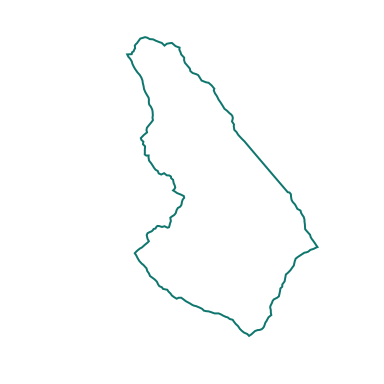 Andradina, São Paulo, Brazil, rotated 138°
{"feature_id": "56859067B92284458122912", "entity_name": "Andradina", "entity_type": "district", "adm_level": 2, "iso_a3": "BRA", "parent_name": "Brazil", "parent_adm1": "São Paulo", "projection": "equal_earth", "projection_center": [-51.316, -20.865], "detail": "fine", "context": "isolated", "style": "outline", "palette": "teal", "viewbox_px": 384, "rotation_deg": 138, "n_neighbors": 0, "source": "geoboundaries", "source_scale": "gbopen_adm2", "svg_char_len": 3661}
<svg xmlns="http://www.w3.org/2000/svg" viewBox="0 0 384 384"><g transform="rotate(138 192 192)"><path d="M275.5,184.8L275.8,182.4L276.6,179.5L277.3,176.0L277.3,172.5L276.9,170.3L276.9,168.1L276.9,165.7L278.1,163.3L278.5,160.2L279.4,157.6L278.8,154.8L278.2,151.8L278.1,148.9L279.0,146.0L279.3,143.9L278.1,141.3L278.4,139.4L277.0,137.5L275.8,135.9L276.1,133.7L275.9,131.0L276.2,128.5L275.7,126.0L274.8,123.0L272.6,122.3L270.8,120.7L270.2,118.1L269.7,115.1L268.8,112.6L268.0,110.3L267.5,108.4L266.8,106.6L265.2,104.2L263.7,101.0L262.6,98.2L262.6,96.0L261.1,93.8L259.6,92.3L258.3,90.1L256.5,86.7L253.5,84.0L252.5,82.0L251.6,79.3L250.4,76.5L249.4,75.0L248.9,72.3L247.3,69.9L247.6,67.3L247.8,64.7L247.5,61.6L248.0,58.4L247.9,55.7L247.4,52.7L245.9,49.4L245.9,46.9L243.3,46.5L240.5,46.5L238.2,46.5L235.7,45.5L233.9,44.2L232.1,43.4L230.2,43.4L228.5,43.8L224.7,45.9L223.1,46.2L221.0,47.0L219.0,47.7L215.4,47.5L214.3,49.4L212.4,51.6L211.3,53.7L210.1,54.8L208.3,55.5L206.8,56.1L204.7,57.2L202.8,57.4L199.7,56.5L197.3,56.3L195.7,57.4L192.8,59.5L190.8,61.2L188.4,61.2L186.7,62.9L183.0,63.6L180.4,65.6L177.4,67.9L175.9,67.8L174.4,67.8L172.9,67.9L171.3,68.0L167.4,68.9L165.6,69.2L162.1,71.7L159.5,73.1L156.8,72.9L149.1,71.7L147.5,70.7L145.6,69.9L142.8,69.8L139.5,68.3L137.2,67.7L135.6,67.1L135.3,69.4L134.9,72.1L134.6,74.6L134.4,77.1L133.9,79.3L132.9,81.2L132.9,85.5L132.8,88.6L131.4,90.4L129.7,92.5L128.3,94.6L126.8,96.4L125.6,98.9L125.4,101.0L124.9,103.4L123.8,105.6L125.0,108.9L123.8,113.7L123.8,117.4L123.2,119.7L121.5,122.3L120.0,124.2L119.9,126.4L121.0,127.8L120.9,131.6L120.5,147.6L119.5,183.4L119.2,192.2L119.1,194.3L119.3,197.2L119.4,200.6L119.4,203.7L118.8,206.9L119.0,209.8L117.0,212.9L115.6,214.1L115.1,217.6L112.3,219.5L111.2,221.3L111.0,223.3L111.4,225.4L111.6,229.0L112.2,232.1L111.5,235.6L110.8,239.7L110.4,243.1L109.7,245.2L109.2,247.5L108.9,250.0L107.8,253.0L106.3,253.8L106.1,258.1L106.6,262.1L108.1,264.0L110.3,268.4L109.5,272.8L109.2,274.8L110.1,276.9L111.9,280.0L112.3,283.0L111.0,285.2L110.8,292.8L109.7,295.2L107.9,297.1L108.0,301.4L107.0,303.6L106.2,306.2L104.6,307.6L105.7,309.6L106.6,311.4L107.2,316.2L109.3,317.7L111.5,319.0L114.5,319.2L114.7,323.0L116.0,325.3L117.6,328.5L118.8,331.5L121.1,333.9L122.0,336.6L123.3,338.5L125.7,339.6L127.8,340.6L133.4,339.4L135.2,339.4L136.6,339.0L138.1,336.9L139.8,336.4L141.3,335.6L143.0,335.9L144.6,334.8L148.1,337.6L148.8,335.2L148.8,332.5L149.4,329.3L150.5,327.2L151.4,324.2L152.0,321.4L152.5,317.3L152.5,314.0L153.1,310.9L154.2,308.0L155.6,306.0L156.9,303.5L158.8,300.5L159.9,297.3L160.6,294.0L161.1,291.2L162.2,289.5L164.1,287.5L165.3,285.6L165.5,282.9L166.4,279.9L167.5,278.1L169.7,275.3L171.7,273.6L173.0,271.5L175.5,271.0L180.8,270.2L182.5,269.9L184.4,268.5L185.5,266.4L189.5,266.6L194.0,266.3L194.7,264.6L194.5,261.9L196.5,260.3L196.3,257.4L199.4,254.3L200.6,252.9L202.0,251.5L201.6,249.6L199.8,248.2L201.3,246.6L202.9,244.1L203.2,240.1L204.0,235.4L204.2,233.0L203.4,230.5L204.3,228.1L203.2,225.6L200.1,224.6L199.6,221.3L197.8,219.5L197.3,217.6L198.3,216.1L197.9,213.8L199.7,210.8L200.4,208.6L201.4,206.6L202.8,206.0L205.0,205.8L204.3,203.5L203.9,201.4L202.1,197.7L200.8,194.5L201.7,192.9L203.9,192.6L206.1,191.4L207.4,190.3L208.8,189.4L210.7,189.0L213.2,189.6L215.6,188.8L218.2,187.2L220.5,186.8L223.6,187.3L225.3,187.4L227.2,184.5L229.1,183.5L230.6,182.5L232.6,181.2L234.0,181.8L235.4,185.0L237.7,186.1L239.2,188.7L240.4,189.9L241.8,189.9L243.6,189.3L245.2,190.2L246.7,189.8L248.3,189.8L250.5,190.6L252.6,191.1L254.5,190.3L256.4,186.9L257.0,184.3L258.9,184.1L261.6,184.3L263.6,184.3L266.5,184.3L268.2,184.8L270.6,185.0L273.3,185.0L275.5,184.8Z" fill="none" stroke="#0f766e" stroke-width="2"/></g></svg>